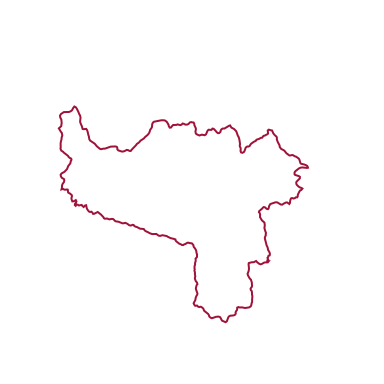 Ituiutaba, Minas Gerais, Brazil (Albers equal-area conic projection), rotated 332°
{"feature_id": "56859067B2687887940000", "entity_name": "Ituiutaba", "entity_type": "district", "adm_level": 2, "iso_a3": "BRA", "parent_name": "Brazil", "parent_adm1": "Minas Gerais", "projection": "albers", "projection_center": [-49.543, -18.985], "detail": "fine", "context": "isolated", "style": "outline", "palette": "rose", "viewbox_px": 384, "rotation_deg": 332, "n_neighbors": 0, "source": "geoboundaries", "source_scale": "gbopen_adm2", "svg_char_len": 6062}
<svg xmlns="http://www.w3.org/2000/svg" viewBox="0 0 384 384"><g transform="rotate(332 192 192)"><path d="M227.3,289.1L226.0,288.3L226.7,287.5L227.6,287.3L227.7,285.6L228.9,285.0L229.6,284.2L230.8,284.4L231.7,283.4L232.1,281.7L232.0,278.6L232.4,277.7L232.8,275.9L232.8,274.3L234.5,267.3L235.0,266.3L236.9,264.8L237.3,263.8L238.1,262.9L238.5,260.0L239.1,257.6L240.1,256.4L240.8,255.2L241.6,253.0L240.4,249.8L240.3,246.0L241.6,243.8L241.9,242.5L241.6,241.2L242.4,240.4L246.1,239.6L247.3,239.1L248.4,239.0L249.4,240.1L249.9,241.8L250.9,242.8L251.9,242.5L253.5,240.6L255.5,239.4L260.9,240.3L262.4,241.2L264.5,244.7L265.6,245.5L268.1,245.3L270.2,245.4L271.2,246.0L272.3,248.3L273.3,247.7L274.9,245.4L276.3,244.2L277.5,244.3L278.7,245.5L279.9,245.7L281.2,245.5L282.4,246.1L283.3,245.5L283.9,244.4L284.7,243.7L287.0,242.0L288.3,241.4L289.5,241.5L291.1,240.8L290.4,239.6L289.4,238.6L288.8,237.6L288.0,235.3L287.9,234.0L288.4,232.7L289.1,232.0L293.6,230.6L294.4,229.3L293.8,228.1L291.1,225.4L290.9,224.3L291.6,223.1L292.5,222.4L293.4,222.1L297.4,221.4L298.6,221.4L299.7,221.6L301.1,222.2L304.8,224.7L305.8,225.0L306.0,223.9L305.9,222.9L305.2,221.8L304.3,220.7L301.6,218.3L301.3,217.2L302.0,214.0L302.0,212.7L300.5,209.7L299.6,208.8L298.3,206.7L297.3,206.2L296.2,206.0L295.1,205.4L293.6,202.2L293.0,199.1L292.5,198.0L291.0,195.9L290.6,193.5L291.2,191.9L291.2,188.0L291.6,185.3L292.4,184.0L292.6,182.8L291.8,180.8L291.3,178.3L291.6,175.3L290.8,174.7L289.1,173.0L287.8,173.2L286.6,176.1L285.6,176.4L284.3,176.3L282.9,176.4L281.5,176.0L279.4,177.0L278.3,176.5L276.1,176.6L273.5,176.1L272.3,176.8L270.5,176.7L266.9,177.1L265.6,177.7L264.3,178.5L263.2,178.4L262.3,177.8L261.3,177.8L260.2,178.1L257.2,180.8L256.3,181.1L255.0,181.1L253.9,180.1L254.1,178.6L255.2,176.9L255.6,175.8L255.6,174.5L256.0,173.3L256.9,172.3L258.6,167.5L259.0,165.2L258.9,163.8L259.5,160.0L259.5,158.8L258.7,156.1L257.0,153.6L256.9,151.1L255.7,150.9L250.4,151.2L249.0,150.4L247.3,150.5L246.2,151.2L245.3,152.3L243.8,152.7L242.6,152.3L241.9,150.9L241.6,149.2L240.8,146.4L239.8,145.6L238.4,146.3L235.8,144.8L234.5,145.2L231.4,147.7L229.8,147.8L227.6,146.0L225.1,145.6L223.1,143.1L222.9,141.9L223.4,140.3L225.0,138.3L225.3,137.3L225.5,134.1L226.1,132.6L226.0,131.3L224.9,130.7L224.1,129.9L222.7,129.6L220.9,130.3L219.3,130.2L217.7,129.3L216.8,127.9L215.8,127.1L214.6,127.6L213.1,127.5L210.9,125.5L209.6,125.4L206.8,124.0L205.1,124.5L203.9,125.2L202.6,124.8L202.4,123.1L202.8,121.8L202.8,120.2L202.7,118.5L202.3,117.4L201.8,116.3L200.7,115.4L198.7,114.3L191.4,112.1L190.4,112.3L189.4,112.8L188.6,113.6L187.1,115.9L185.9,116.7L184.5,117.3L182.1,119.6L180.8,120.3L179.5,120.8L176.1,121.5L174.8,122.1L170.7,122.5L168.4,123.4L165.8,123.7L164.5,124.4L158.4,126.4L157.2,127.0L156.0,126.3L155.2,125.0L154.2,124.2L151.8,124.2L150.5,124.0L149.1,123.4L146.4,120.6L146.1,119.3L146.6,118.4L146.9,117.2L146.1,116.0L141.6,113.8L135.3,112.8L134.1,112.1L132.1,111.6L131.2,111.0L130.2,108.9L129.4,106.8L128.8,103.7L126.2,98.8L126.1,97.2L127.1,94.3L127.2,93.2L128.2,89.6L128.4,88.1L128.2,86.6L125.7,85.6L125.0,85.0L125.6,82.4L125.9,78.7L126.3,77.2L128.5,74.0L129.1,71.9L129.0,70.3L129.3,67.7L129.4,64.2L129.2,62.7L128.3,61.3L126.8,61.9L124.4,63.5L122.6,63.8L120.8,63.5L116.4,61.3L113.0,61.6L111.3,62.6L110.7,64.1L110.6,66.8L109.3,69.9L107.4,72.5L104.3,73.3L104.5,77.3L104.8,78.5L104.1,81.1L102.3,82.9L101.4,84.4L100.0,85.8L98.7,87.6L97.0,91.0L96.2,92.0L96.0,94.1L97.1,96.0L97.3,97.0L99.5,101.9L99.5,103.0L100.1,104.6L101.0,105.8L100.7,107.0L99.5,107.8L98.0,109.6L95.0,110.9L92.4,113.1L88.9,114.3L85.5,114.4L84.1,115.1L83.6,116.6L83.7,118.3L85.1,120.7L84.6,121.9L83.6,123.1L81.4,124.2L80.3,125.2L79.0,127.4L78.0,128.4L79.6,128.7L80.3,129.9L81.6,130.7L82.7,131.0L83.4,131.6L82.4,134.4L83.6,136.2L84.4,138.4L84.0,139.4L82.6,140.9L82.2,142.1L81.9,144.1L83.2,144.7L85.6,144.6L85.6,146.0L84.5,147.0L83.3,147.4L82.4,148.5L82.8,149.6L84.1,148.8L85.1,149.5L85.8,150.8L88.5,151.6L88.7,153.0L89.3,154.4L91.0,153.7L92.3,154.0L91.6,156.4L91.4,157.6L91.5,159.2L91.9,160.9L92.6,161.8L93.9,162.1L94.4,163.6L94.4,164.9L95.4,165.3L99.4,165.4L101.1,169.4L102.0,172.7L101.9,173.8L102.5,174.7L104.5,175.5L106.2,177.4L108.4,178.0L109.5,178.7L110.1,179.8L110.3,181.1L110.9,182.1L113.1,183.7L115.9,187.0L117.1,187.6L118.6,187.9L120.0,189.7L120.9,191.8L122.2,192.9L124.2,193.1L125.0,193.8L125.1,194.9L125.6,195.8L127.1,197.3L128.9,200.0L131.0,201.3L132.1,202.2L132.2,203.7L133.0,205.3L133.9,206.3L135.4,208.6L137.1,210.5L140.8,212.3L142.0,214.8L143.2,215.8L145.5,216.2L149.0,219.0L149.6,220.2L151.5,222.7L154.2,225.1L155.1,226.1L154.7,227.1L155.0,228.3L156.5,231.7L157.6,232.9L158.2,234.0L159.2,234.7L160.6,234.6L161.9,234.8L164.0,234.6L165.1,235.1L165.8,235.9L167.8,237.3L168.3,239.6L167.9,240.5L167.8,241.7L168.2,243.3L168.2,245.0L168.0,246.4L167.5,247.5L167.1,249.5L166.5,250.7L165.8,251.8L163.9,252.5L162.9,254.6L161.3,256.2L160.6,257.6L159.5,258.6L158.4,260.5L158.1,261.6L157.2,262.6L156.9,264.2L155.7,266.6L155.3,268.1L154.3,269.0L153.8,270.1L153.5,272.6L153.9,274.3L153.5,275.9L152.4,276.4L150.6,278.3L149.9,279.4L149.2,284.0L148.5,285.1L147.6,285.5L145.7,287.0L144.4,288.8L141.2,291.0L141.1,292.4L141.4,294.0L143.1,294.6L143.6,296.2L144.4,297.0L145.9,297.4L146.7,298.7L147.2,300.1L147.0,302.6L149.0,307.3L149.1,308.8L148.8,310.1L149.4,311.7L150.3,312.8L154.7,313.5L157.0,314.5L158.1,315.8L158.1,319.6L160.5,322.7L162.1,322.5L165.2,319.7L166.3,319.2L167.7,319.2L170.5,320.4L171.6,320.6L172.7,320.5L173.5,319.9L174.0,318.7L175.0,317.9L176.2,317.4L177.0,316.5L177.6,315.3L179.0,315.4L179.7,316.2L180.5,316.7L181.8,317.2L184.1,319.1L185.1,319.6L188.3,320.7L189.8,320.6L190.9,320.1L192.6,318.0L193.4,317.4L194.8,314.8L196.4,312.4L196.8,310.8L197.9,308.6L198.2,307.5L197.9,306.3L198.2,305.0L199.5,304.1L200.4,303.8L201.2,302.7L201.5,301.7L202.3,300.1L202.9,297.0L202.4,295.6L202.3,293.6L202.3,291.8L202.6,290.4L205.0,288.3L206.4,286.3L208.1,282.2L208.8,281.4L211.8,282.1L213.6,283.0L216.2,283.0L216.5,284.4L217.6,286.9L218.5,288.0L219.8,288.3L222.5,288.2L223.6,288.5L225.8,289.7L227.3,289.1Z" fill="none" stroke="#9f1239" stroke-width="2"/></g></svg>